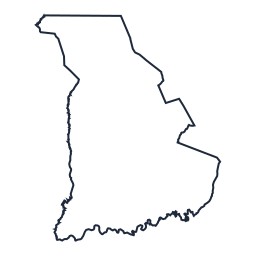 Kabompo, North-Western, Zambia (Natural Earth projection)
{"feature_id": "96606910B9917173826335", "entity_name": "Kabompo", "entity_type": "district", "adm_level": 2, "iso_a3": "ZMB", "parent_name": "Zambia", "parent_adm1": "North-Western", "projection": "natural_earth1", "projection_center": [23.814, -13.517], "detail": "fine", "context": "isolated", "style": "outline", "palette": "slate", "viewbox_px": 256, "rotation_deg": 0, "n_neighbors": 0, "source": "geoboundaries", "source_scale": "gbopen_adm2", "svg_char_len": 5725}
<svg xmlns="http://www.w3.org/2000/svg" viewBox="0 0 256 256"><path d="M120.9,15.9L44.7,15.4L44.5,16.4L44.0,16.3L44.0,16.7L43.5,17.3L43.2,17.1L43.2,16.7L42.7,17.5L41.5,18.5L41.5,18.9L40.9,19.0L41.1,19.7L40.1,20.4L40.0,22.2L39.0,22.6L39.1,23.0L38.8,23.1L38.5,22.8L38.3,23.5L38.0,23.0L37.7,23.2L37.7,23.6L37.2,23.6L37.2,24.1L35.9,24.9L37.6,26.5L39.3,27.7L39.9,29.1L40.0,31.3L40.7,32.2L54.7,33.7L56.0,36.5L58.3,38.7L64.0,56.3L64.3,65.2L70.4,70.8L78.9,79.4L78.1,82.7L77.6,83.0L76.9,84.4L76.2,84.6L76.0,85.5L75.1,86.5L73.5,89.5L70.8,92.1L71.1,92.6L70.5,93.0L70.1,94.1L70.2,94.3L70.0,94.2L69.8,95.2L69.4,95.7L69.4,96.1L69.0,96.4L68.8,96.3L68.4,96.8L68.2,98.3L68.7,98.6L68.4,99.4L68.9,99.6L68.7,100.3L68.4,100.7L68.7,101.1L68.4,101.3L68.5,102.5L68.2,102.4L68.5,102.7L68.4,103.6L68.6,104.1L68.3,104.3L68.1,104.0L67.8,104.5L68.2,105.0L67.7,105.6L68.0,106.2L67.2,108.2L68.1,108.9L68.1,109.8L68.5,109.8L68.7,110.1L68.7,111.6L67.9,112.6L68.3,112.7L68.6,113.9L69.0,113.8L68.9,114.6L69.3,114.7L68.8,115.3L69.3,116.0L68.9,117.5L69.3,118.1L69.0,118.2L68.9,118.4L69.2,118.5L68.8,118.9L68.8,119.8L68.5,120.1L68.7,121.6L68.0,122.3L68.2,122.8L68.6,122.9L68.9,124.3L69.3,124.4L69.2,125.1L69.7,125.2L69.7,126.0L68.9,127.4L69.3,127.6L69.4,128.6L69.7,128.8L68.9,129.9L69.3,130.8L69.1,131.1L69.2,131.8L68.8,133.4L68.5,133.7L68.6,133.9L68.5,134.5L68.1,134.7L68.4,135.4L68.4,138.5L68.8,139.2L68.4,139.6L68.7,139.8L68.5,140.8L68.6,141.1L68.2,141.8L67.8,141.8L68.2,142.3L68.6,142.3L68.6,142.8L69.1,143.4L69.0,144.0L69.3,144.5L69.0,144.6L69.0,145.1L69.6,146.7L69.4,147.1L70.0,147.7L69.9,148.4L70.3,148.6L70.1,149.0L71.0,150.4L71.2,151.2L70.7,152.0L71.0,153.3L70.3,156.5L70.3,160.3L69.3,163.4L69.4,165.0L70.0,167.2L71.1,169.0L71.1,170.2L69.7,174.6L70.1,177.0L71.2,178.0L70.9,179.3L73.0,183.4L73.4,185.2L70.7,194.0L71.3,196.5L71.7,197.2L71.3,197.6L71.4,198.3L70.6,198.7L70.6,198.3L70.4,198.6L70.1,198.3L70.2,199.4L69.9,199.4L69.4,200.0L68.8,199.9L68.8,200.6L68.2,200.6L67.8,200.3L68.1,201.0L67.3,202.8L66.5,202.7L65.1,200.8L64.4,200.5L64.1,201.0L64.4,200.9L64.8,201.6L63.9,202.0L63.9,202.8L63.7,202.7L63.5,203.1L63.3,202.9L63.2,203.2L62.3,203.7L62.1,204.2L62.3,204.3L62.0,204.8L63.2,205.3L63.4,205.8L63.2,206.0L63.4,207.1L63.7,206.8L64.0,207.6L65.0,208.2L64.7,208.3L64.8,208.8L64.5,209.6L64.0,210.0L64.4,210.3L63.9,210.4L63.8,211.4L63.2,211.5L63.4,212.1L63.2,212.5L63.7,212.9L63.7,213.5L62.7,214.2L62.9,214.6L62.3,215.4L61.8,217.2L60.8,217.9L60.6,218.8L59.8,219.2L59.8,219.6L59.4,220.1L58.7,220.0L58.3,220.4L58.7,221.7L59.0,221.8L59.1,222.5L59.3,222.6L58.7,222.8L58.6,223.4L58.3,223.4L58.1,223.9L57.4,224.5L56.5,224.8L56.1,225.6L56.4,227.5L55.8,227.9L55.7,229.1L55.3,229.2L55.8,229.4L55.9,229.9L54.5,232.2L55.2,233.5L55.6,233.7L56.0,235.9L56.3,236.0L56.2,236.2L56.6,236.7L56.5,237.0L56.9,237.2L56.6,238.6L56.9,238.9L56.8,239.3L57.2,239.9L59.9,239.4L61.4,240.3L62.3,240.5L63.5,239.6L64.9,239.0L66.7,239.1L68.7,237.6L69.6,236.1L71.0,235.5L72.6,235.9L74.5,237.8L75.0,238.8L75.1,239.9L75.4,240.5L75.8,240.6L77.5,239.7L80.6,239.2L81.4,238.7L83.2,236.0L84.9,231.8L86.2,229.9L88.7,229.2L91.5,230.2L93.1,229.8L93.8,229.3L94.2,228.6L94.3,226.3L95.4,225.3L97.7,225.5L98.8,226.2L99.3,227.4L99.2,229.8L99.4,230.8L100.1,232.4L101.8,234.1L102.7,234.1L104.5,232.5L106.1,232.2L106.7,231.3L107.2,229.6L107.8,228.5L108.3,228.3L110.3,228.7L111.1,229.6L112.8,230.4L114.4,229.5L115.1,229.6L116.2,230.5L117.1,232.4L117.8,232.7L118.3,232.6L118.6,231.7L118.7,230.3L119.0,229.7L120.5,229.3L123.4,231.2L123.8,232.6L124.3,233.2L127.3,232.6L130.4,234.3L133.7,235.2L133.9,234.8L133.9,233.9L132.3,232.5L132.1,231.4L132.7,230.9L134.9,232.0L136.2,231.7L137.4,226.9L138.2,226.2L140.5,225.1L142.2,225.7L142.4,226.1L142.2,227.0L141.1,229.0L141.4,229.4L142.5,230.1L143.4,230.2L145.0,228.9L145.9,227.6L146.0,226.8L145.8,224.9L145.1,223.8L146.0,222.9L147.3,223.4L147.6,223.3L147.8,222.5L147.6,220.8L148.0,220.0L149.3,219.7L150.3,220.5L150.3,222.9L149.5,224.1L149.7,224.5L150.2,224.5L151.1,224.1L152.5,225.4L154.9,225.3L155.5,225.8L155.8,225.7L157.9,222.7L158.2,221.4L158.9,220.8L159.1,219.5L159.8,219.4L159.4,218.4L159.8,217.7L160.4,217.5L161.4,217.9L161.9,218.6L163.1,219.1L165.4,218.5L166.2,217.1L167.4,216.3L167.5,215.6L166.9,214.8L167.1,214.3L168.6,214.2L170.2,215.3L170.7,214.6L172.1,213.7L172.9,212.0L174.1,212.4L175.3,211.8L175.7,211.3L176.5,212.0L176.1,213.0L175.3,213.7L174.1,214.2L175.1,215.1L175.6,216.5L176.2,216.2L176.6,214.6L176.9,214.4L179.1,213.9L179.3,214.4L179.1,215.1L181.0,217.4L181.4,219.7L182.4,220.1L184.7,220.2L185.8,221.1L186.3,220.8L186.3,220.4L185.2,219.6L185.6,218.0L186.0,218.0L187.3,220.1L187.8,220.4L188.3,219.8L188.3,218.1L187.8,217.1L185.9,216.3L185.8,215.3L185.1,214.9L184.5,214.4L184.4,213.9L185.1,213.5L186.7,214.4L187.7,214.2L187.9,213.6L187.7,212.6L187.8,210.3L188.0,209.9L189.3,209.7L190.8,212.3L192.1,211.8L192.6,212.1L192.4,212.8L192.5,213.3L193.4,214.6L193.6,215.7L193.8,215.9L194.3,215.0L196.1,214.1L196.5,213.2L196.9,213.3L198.0,212.4L198.5,211.4L198.6,210.6L201.5,207.3L202.2,207.2L203.9,206.2L204.3,205.8L204.6,204.5L207.1,203.0L209.3,201.2L210.7,198.7L211.5,196.3L212.0,195.9L211.9,195.5L212.1,194.0L212.8,192.9L212.7,191.0L213.3,187.8L213.0,184.7L213.9,181.8L217.2,176.0L217.4,173.4L217.2,171.3L217.8,168.1L218.8,163.5L220.1,161.7L217.0,157.6L177.6,142.5L177.8,141.7L178.4,141.6L178.1,139.6L179.2,138.2L179.9,135.3L181.0,134.2L181.3,132.8L181.6,132.6L183.4,132.4L184.5,131.6L185.9,129.1L187.1,128.8L188.6,125.2L189.0,124.9L189.9,125.5L192.3,125.8L194.4,125.5L183.5,105.9L179.1,98.8L165.8,103.0L158.3,85.4L159.5,84.7L161.0,83.3L162.2,81.6L163.2,80.9L163.4,80.3L162.6,78.0L162.3,75.6L161.5,73.6L161.2,71.9L146.8,60.7L139.6,54.6L135.2,52.5L134.7,51.9L132.8,48.8L130.4,39.3L130.3,38.2L120.9,15.9Z" fill="none" stroke="#1e293b" stroke-width="2"/></svg>